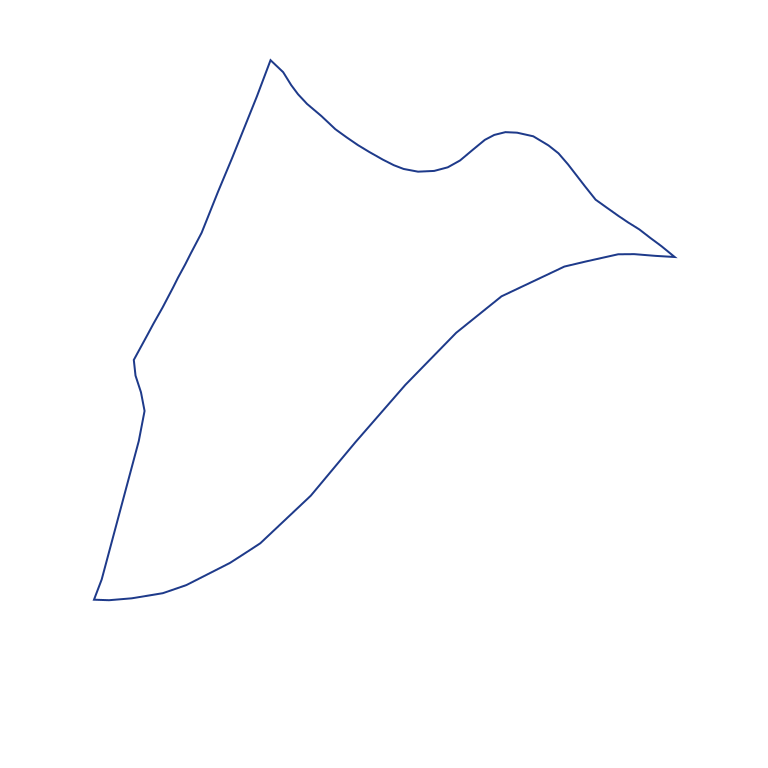 outline of Itaparica, Brazil, rotated 105°
{"feature_id": "56859067B29477790056969", "entity_name": "Itaparica", "entity_type": "district", "adm_level": 2, "iso_a3": "BRA", "parent_name": "Brazil", "parent_adm1": "", "projection": "mercator", "projection_center": [-38.672, -12.871], "detail": "fine", "context": "isolated", "style": "outline", "palette": "blue", "viewbox_px": 768, "rotation_deg": 105, "n_neighbors": 0, "source": "geoboundaries", "source_scale": "gbopen_adm2", "svg_char_len": 1018}
<svg xmlns="http://www.w3.org/2000/svg" viewBox="0 0 768 768"><g transform="rotate(105 384 384)"><path d="M667.4,608.3L664.0,593.6L656.3,572.2L643.3,543.5L629.4,522.9L596.6,486.4L583.6,474.6L569.9,462.3L510.8,425.8L447.3,396.4L379.4,363.2L315.8,327.5L268.9,293.2L223.9,240.2L213.4,220.7L198.1,191.4L193.8,175.9L190.0,155.1L186.1,136.1L179.1,151.6L174.0,164.5L168.6,177.4L164.8,189.9L161.0,201.0L155.8,215.0L151.2,227.3L140.7,241.5L124.3,263.0L116.0,275.2L111.0,286.8L106.1,303.9L106.8,320.5L109.3,331.9L114.9,342.0L122.1,349.8L134.7,358.8L148.4,368.4L158.2,378.5L165.2,390.7L170.1,406.1L171.2,420.7L170.1,431.2L167.6,443.1L163.7,458.2L159.9,471.3L155.4,484.0L150.5,496.9L141.3,514.0L133.4,530.8L126.4,542.0L119.4,550.9L108.9,562.1L100.6,577.4L139.0,581.2L205.1,589.2L241.4,594.1L285.1,599.3L307.7,604.4L320.1,607.0L334.6,610.5L345.3,612.7L367.5,617.7L385.4,622.3L397.3,625.1L425.5,631.9L440.2,626.2L454.9,616.6L472.0,608.3L502.5,606.1L645.9,606.1L667.4,608.3Z" fill="none" stroke="#1e3a8a" stroke-width="2"/></g></svg>